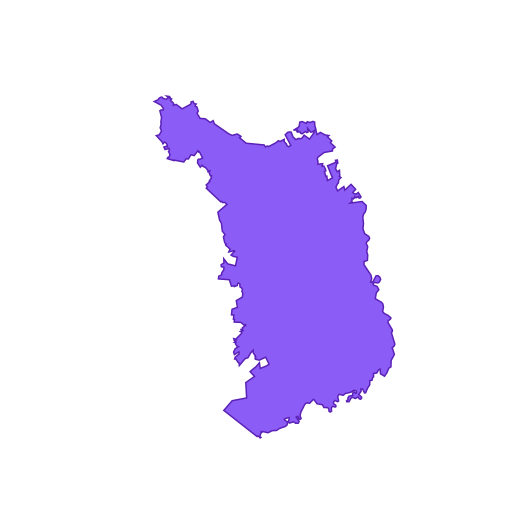 outline of Ocosingo, Chiapas, Mexico, rotated 38°
{"feature_id": "50627088B67639994326823", "entity_name": "Ocosingo", "entity_type": "district", "adm_level": 2, "iso_a3": "MEX", "parent_name": "Mexico", "parent_adm1": "Chiapas", "projection": "natural_earth1", "projection_center": [-91.381, 16.657], "detail": "fine", "context": "isolated", "style": "filled", "palette": "violet", "viewbox_px": 512, "rotation_deg": 38, "n_neighbors": 0, "source": "geoboundaries", "source_scale": "gbopen_adm2", "svg_char_len": 6146}
<svg xmlns="http://www.w3.org/2000/svg" viewBox="0 0 512 512"><g transform="rotate(38 256 256)"><path d="M325.7,397.5L368.0,397.6L368.2,396.8L369.8,396.5L371.3,396.8L371.6,395.9L370.1,395.9L368.9,392.5L369.1,391.6L368.5,391.2L369.3,391.0L369.3,390.2L374.3,387.9L376.2,383.8L379.6,380.8L380.7,377.4L384.1,372.2L384.5,370.0L383.7,368.1L382.6,367.5L379.1,367.6L378.8,366.7L381.4,363.0L382.4,363.7L383.2,366.6L385.3,367.0L387.7,363.5L390.3,363.4L392.3,361.6L391.8,359.7L386.8,358.2L387.5,356.7L390.8,357.8L391.6,357.1L391.4,356.1L389.1,354.8L387.5,351.4L385.8,343.1L386.2,340.6L388.9,339.1L389.5,333.8L390.2,333.5L395.0,334.9L399.9,332.3L402.8,333.6L405.7,331.4L407.5,331.6L409.1,333.4L410.5,333.3L411.1,331.8L408.9,329.3L408.8,328.2L409.2,327.2L411.5,326.2L411.7,325.5L410.8,324.5L408.2,324.6L407.0,323.6L407.3,321.1L409.9,320.7L410.4,319.4L406.9,316.5L406.6,313.9L410.5,312.0L411.0,309.4L414.7,304.9L415.6,301.9L416.8,301.0L418.4,300.7L419.4,302.0L418.9,302.9L417.3,302.7L416.7,303.2L416.7,304.5L417.9,306.3L415.5,309.4L415.8,311.2L416.9,312.5L416.5,314.4L417.2,315.0L419.0,313.6L418.4,309.7L418.9,308.0L422.1,307.1L423.2,304.2L425.3,305.0L426.6,304.5L426.8,303.2L426.1,302.2L422.3,301.8L422.1,297.9L420.5,296.3L421.9,295.2L425.8,297.1L426.6,296.4L425.3,291.5L424.9,287.4L422.4,284.2L423.9,282.4L422.9,280.4L423.0,278.7L420.9,276.3L423.2,273.8L422.7,270.1L423.4,268.7L426.7,272.2L431.3,271.6L431.0,267.2L429.7,262.8L430.6,260.3L426.8,255.1L425.6,248.3L419.8,244.4L420.3,241.7L419.6,239.9L410.1,233.2L409.7,231.1L408.9,230.3L400.6,227.0L400.1,225.7L400.8,222.8L400.4,221.7L396.5,221.5L392.5,222.3L390.0,221.8L387.9,217.8L385.5,215.7L383.6,215.2L376.3,216.2L373.5,211.0L373.5,206.9L370.2,205.4L366.5,206.6L365.2,205.8L365.6,204.0L368.6,202.2L369.2,200.8L368.7,197.8L366.8,196.5L364.2,196.4L362.8,197.8L363.9,203.6L363.5,205.3L362.4,206.0L361.1,202.6L358.4,200.3L346.3,196.3L344.6,193.7L346.5,190.9L343.4,186.4L340.6,184.4L338.3,179.9L335.1,178.2L334.6,177.0L335.1,173.9L334.7,172.2L332.8,171.1L328.0,171.5L323.6,168.8L320.7,164.2L316.4,159.8L315.0,156.9L315.0,154.2L313.9,151.2L311.7,148.3L306.1,147.7L297.6,156.4L298.1,153.9L296.1,151.5L297.6,151.0L297.4,150.3L297.9,149.7L297.4,148.4L298.4,148.8L299.1,148.3L299.1,147.5L300.4,146.9L300.2,146.3L301.6,146.9L302.3,146.3L302.4,144.8L297.5,143.0L296.9,145.4L294.8,146.5L293.1,146.3L293.5,142.1L286.8,141.0L285.4,149.4L282.5,147.2L280.2,154.5L276.6,152.5L275.8,149.0L276.0,147.8L274.2,144.8L274.7,141.9L272.6,141.9L272.6,141.2L269.0,137.1L268.1,139.6L265.0,138.3L262.7,133.3L263.3,132.5L261.0,130.3L259.7,131.7L261.3,132.9L256.8,140.8L268.2,147.4L265.8,152.6L262.7,149.5L262.1,150.3L257.9,147.3L258.6,146.0L257.5,144.9L254.1,143.4L252.8,144.6L251.7,142.2L248.2,145.6L246.6,143.3L244.6,141.9L243.9,140.3L246.0,132.4L251.6,126.2L250.5,124.5L251.3,121.5L244.8,120.9L244.9,118.7L238.9,118.1L239.3,116.2L235.8,118.1L230.6,119.0L229.3,122.7L226.0,120.2L224.7,121.2L225.2,119.3L222.0,117.0L219.8,114.4L218.1,114.8L216.3,117.6L213.7,118.6L214.0,120.5L209.5,121.7L208.1,123.5L210.1,127.2L210.1,128.6L208.1,133.8L209.9,132.0L211.7,132.7L211.5,131.4L212.9,132.4L214.2,131.0L215.5,131.8L217.0,131.4L218.4,127.4L220.1,127.5L220.7,126.2L218.2,123.7L222.8,124.8L225.0,122.4L225.8,123.1L226.2,130.9L219.5,131.2L219.7,134.2L219.1,136.1L217.0,137.2L215.8,139.7L211.9,139.4L207.4,136.7L206.0,137.6L204.8,139.1L204.4,142.5L215.3,147.4L214.5,149.7L212.5,150.0L211.0,149.0L207.8,148.5L206.4,146.7L204.4,151.0L202.7,151.3L201.9,154.7L198.6,161.9L197.4,162.2L196.2,164.2L194.0,163.5L178.8,173.2L170.1,172.9L170.6,171.1L169.8,171.0L166.1,171.4L162.9,175.7L159.2,176.5L141.8,177.5L138.9,175.7L137.7,179.0L131.5,179.1L127.2,182.0L121.6,179.8L121.3,177.4L117.6,174.9L116.1,175.5L115.2,174.2L115.3,173.1L113.4,174.0L111.2,172.9L110.0,174.6L110.9,175.7L110.9,177.1L107.2,185.5L99.8,185.7L98.1,188.1L97.0,186.4L92.6,185.9L92.8,184.2L90.7,184.7L90.7,183.9L89.6,183.6L87.2,185.0L89.5,185.1L88.7,187.8L85.9,189.0L84.6,188.6L83.4,189.2L82.5,191.2L82.7,192.9L80.7,196.9L88.5,195.6L92.2,196.8L92.9,198.3L91.3,199.3L90.8,200.7L96.4,205.1L98.4,208.8L100.1,210.6L101.6,214.0L104.5,215.6L105.2,220.0L103.3,222.5L112.1,224.0L113.6,224.9L113.8,222.6L115.5,222.3L117.4,222.9L119.0,224.4L117.8,224.7L116.3,226.9L118.8,228.1L121.3,224.9L122.9,226.4L122.7,227.5L125.9,229.1L126.6,232.4L125.9,232.6L126.1,233.9L132.7,231.3L132.5,230.8L141.2,226.4L141.1,222.3L143.0,221.2L142.4,216.2L145.5,215.0L145.4,208.8L146.9,209.4L147.2,208.7L153.6,211.7L152.2,214.5L151.1,215.0L151.0,216.2L152.7,218.7L157.4,220.3L157.7,217.6L158.9,218.0L161.8,217.4L165.2,218.1L166.2,219.1L167.5,216.6L167.1,218.8L170.0,220.6L171.6,220.2L171.6,221.2L172.8,221.9L173.0,225.8L173.8,225.9L173.0,230.7L175.3,231.5L175.1,233.2L194.9,235.0L195.3,234.1L196.9,234.4L198.4,233.0L201.3,233.2L199.0,245.0L205.3,250.2L208.5,251.4L214.2,257.2L218.4,258.2L218.5,260.9L222.4,264.2L224.8,265.4L225.2,265.0L225.4,266.1L231.3,266.5L232.1,269.6L235.6,265.1L236.2,265.3L235.7,270.6L238.3,270.3L242.0,268.5L245.9,276.4L238.6,279.6L232.3,278.0L235.0,281.2L233.9,284.4L235.3,285.8L237.6,284.6L239.0,286.5L239.4,290.6L240.5,291.9L239.1,294.9L240.5,297.2L249.6,291.1L255.2,294.9L257.2,293.1L257.8,293.4L259.4,290.8L258.5,288.8L259.0,288.0L260.4,287.9L262.4,290.2L264.6,290.1L265.9,290.8L266.6,292.5L268.5,293.5L269.9,295.6L270.5,297.0L267.9,303.3L273.0,307.9L269.9,312.7L272.9,317.5L274.9,316.2L277.1,319.7L277.9,319.1L279.5,321.5L285.0,317.6L289.2,317.8L289.7,316.7L290.5,316.8L289.5,320.9L290.6,322.1L288.9,323.3L291.6,323.0L290.2,325.1L291.7,324.9L292.3,325.8L291.4,332.6L291.9,333.7L289.3,334.8L291.1,336.1L291.5,335.9L291.3,334.6L291.9,334.7L292.7,335.9L292.3,337.3L293.5,336.6L294.0,337.9L296.6,338.8L297.9,338.3L296.7,341.9L297.5,345.5L299.7,347.0L301.5,342.1L303.0,343.5L301.9,348.6L302.6,350.3L303.5,349.5L307.4,350.9L308.5,350.7L310.3,352.6L310.6,343.7L312.3,341.1L311.5,335.9L311.7,332.0L313.4,334.0L317.4,335.3L317.2,335.8L318.5,336.5L318.3,337.2L319.0,337.7L322.7,336.1L325.9,329.8L332.9,333.2L332.0,336.1L328.5,342.0L324.4,338.0L324.2,343.0L322.8,349.2L322.6,350.8L329.0,351.8L325.9,362.0L336.0,373.6L326.3,384.7L325.7,397.5Z" fill="#8b5cf6" stroke="#5b21b6" stroke-width="1.5"/></g></svg>